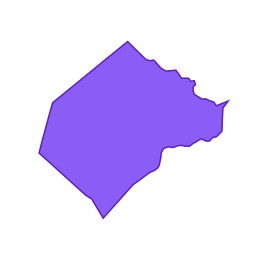 Campo Redondo, Rio Grande do Norte, Brazil, rotated 220°
{"feature_id": "56859067B7245659807247", "entity_name": "Campo Redondo", "entity_type": "district", "adm_level": 2, "iso_a3": "BRA", "parent_name": "Brazil", "parent_adm1": "Rio Grande do Norte", "projection": "natural_earth1", "projection_center": [-36.238, -6.238], "detail": "fine", "context": "isolated", "style": "filled", "palette": "violet", "viewbox_px": 256, "rotation_deg": 220, "n_neighbors": 0, "source": "geoboundaries", "source_scale": "gbopen_adm2", "svg_char_len": 869}
<svg xmlns="http://www.w3.org/2000/svg" viewBox="0 0 256 256"><g transform="rotate(220 128 128)"><path d="M117.0,49.3L110.1,50.3L89.1,43.0L87.7,87.6L83.2,106.1L82.2,109.1L80.3,112.8L79.6,116.8L80.2,119.8L81.6,122.3L84.3,127.1L86.4,129.9L87.6,135.1L85.2,139.3L81.0,142.0L78.0,147.0L75.6,149.3L72.6,150.6L69.0,153.8L68.5,156.8L66.4,162.8L65.2,166.6L59.5,168.3L57.2,170.5L57.1,174.7L54.6,178.3L54.0,185.8L56.4,189.1L61.7,195.8L68.1,204.3L68.6,213.0L74.6,201.8L79.1,203.0L82.5,201.6L87.2,200.3L89.9,197.7L98.8,196.4L101.9,198.3L104.5,201.2L104.2,204.7L107.7,206.8L109.8,204.2L113.7,205.0L119.0,200.5L123.1,201.8L128.6,203.0L135.4,196.0L141.3,195.0L152.0,196.6L154.4,193.7L158.1,192.0L176.0,193.3L183.8,194.0L188.5,170.0L195.5,132.8L202.0,98.9L193.1,79.4L190.7,74.3L186.4,64.9L180.0,51.6L158.6,50.9L117.0,49.3Z" fill="#8b5cf6" stroke="#5b21b6" stroke-width="1.5"/></g></svg>